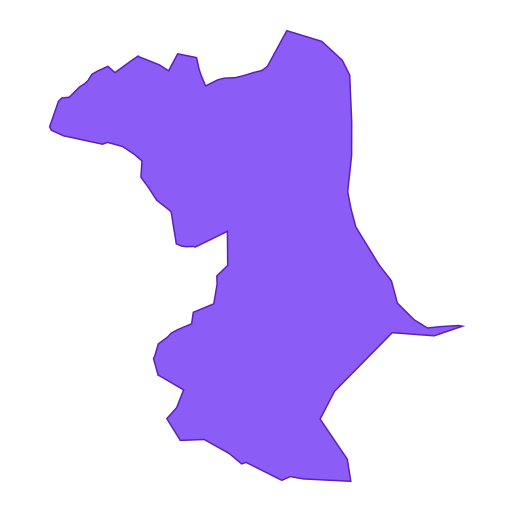 the district of Uruan, Akwa Ibom, Nigeria
{"feature_id": "59680162B72404517830917", "entity_name": "Uruan", "entity_type": "district", "adm_level": 2, "iso_a3": "NGA", "parent_name": "Nigeria", "parent_adm1": "Akwa Ibom", "projection": "orthographic", "projection_center": [8.031, 5.008], "detail": "fine", "context": "isolated", "style": "filled", "palette": "violet", "viewbox_px": 512, "rotation_deg": 0, "n_neighbors": 0, "source": "geoboundaries", "source_scale": "gbopen_adm2", "svg_char_len": 1312}
<svg xmlns="http://www.w3.org/2000/svg" viewBox="0 0 512 512"><path d="M153.5,358.6L158.2,375.3L159.0,375.5L183.6,389.9L176.7,407.6L166.8,418.6L180.3,440.4L203.5,439.5L203.8,439.3L229.2,453.5L241.6,463.9L246.1,462.4L258.8,468.8L281.8,480.3L290.3,476.6L303.4,478.9L350.8,481.3L347.3,459.2L320.1,419.1L334.5,391.3L392.2,332.7L434.2,335.8L462.4,326.2L458.6,325.5L439.4,326.7L438.9,326.8L438.7,326.8L427.4,328.0L414.2,319.8L397.4,303.1L391.4,280.8L379.3,265.3L355.8,226.9L351.1,209.3L347.7,191.8L351.6,155.7L351.7,122.3L350.7,98.4L350.6,96.7L349.7,75.1L342.3,60.3L321.8,41.4L286.8,30.7L267.4,66.4L261.9,70.5L252.7,72.8L245.1,75.2L235.8,77.6L224.1,78.2L217.8,79.8L205.6,85.9L201.4,76.1L199.2,69.6L196.5,57.6L177.7,53.8L168.6,70.8L159.3,64.8L139.1,56.8L138.1,56.0L130.5,61.3L126.2,64.4L115.0,72.6L107.9,66.3L97.2,71.3L91.9,74.3L88.0,80.6L84.2,84.0L79.5,87.0L69.3,97.2L61.8,98.0L58.5,101.2L49.6,126.8L51.4,130.3L63.5,135.8L102.5,144.2L107.6,142.4L122.6,146.5L134.3,154.3L142.0,161.0L140.9,177.1L148.3,187.3L156.6,200.1L171.1,211.6L176.3,243.8L181.3,246.0L185.5,246.7L193.8,246.5L195.2,247.1L227.4,231.3L227.7,265.4L216.8,276.0L217.1,284.2L213.9,303.0L213.8,303.8L193.3,312.3L191.6,323.8L177.8,329.6L171.3,333.1L167.8,336.9L158.3,343.9L154.7,356.2L153.5,358.6Z" fill="#8b5cf6" stroke="#5b21b6" stroke-width="1.5"/></svg>